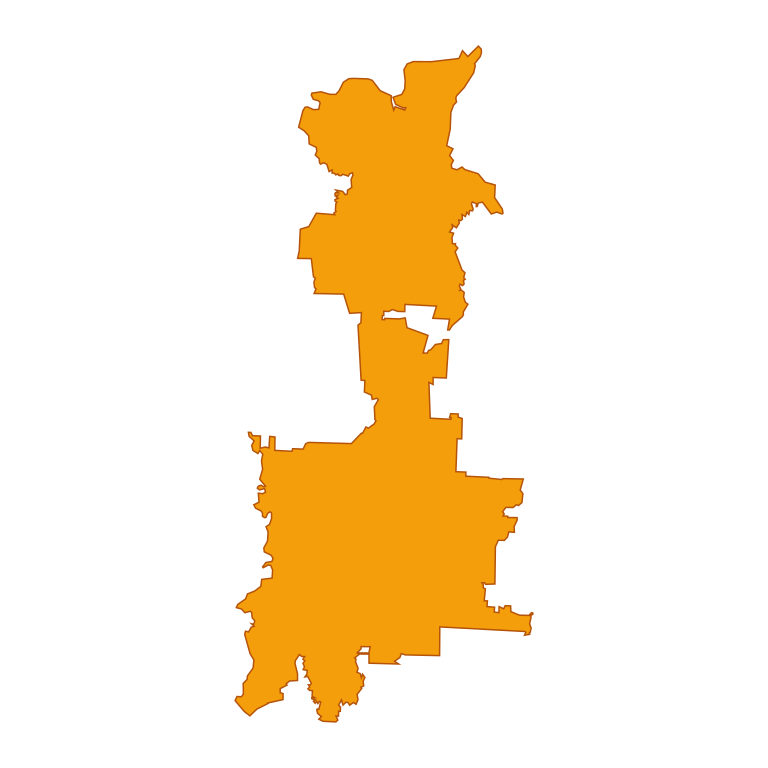 the district of Kota Medan, Sumatera Utara, Indonesia
{"feature_id": "22746128B40654739963843", "entity_name": "Kota Medan", "entity_type": "district", "adm_level": 2, "iso_a3": "IDN", "parent_name": "Indonesia", "parent_adm1": "Sumatera Utara", "projection": "robinson", "projection_center": [98.666, 3.642], "detail": "fine", "context": "isolated", "style": "filled", "palette": "amber", "viewbox_px": 768, "rotation_deg": 0, "n_neighbors": 0, "source": "geoboundaries", "source_scale": "gbopen_adm2", "svg_char_len": 6084}
<svg xmlns="http://www.w3.org/2000/svg" viewBox="0 0 768 768"><path d="M456.5,102.0L455.8,98.1L456.5,95.9L464.1,87.7L473.7,72.7L475.3,65.6L474.5,63.8L480.1,56.8L481.4,53.0L481.3,49.2L478.4,46.1L467.8,56.5L462.5,50.7L459.1,58.1L458.0,58.6L431.4,61.7L413.3,61.6L407.2,63.9L403.9,69.7L405.2,80.9L404.7,88.9L401.8,94.4L393.0,97.3L395.7,104.4L403.4,107.9L405.8,107.7L404.8,110.1L395.1,106.7L393.7,110.1L391.3,101.6L391.2,95.7L380.2,90.7L372.3,80.4L368.1,78.9L353.6,78.4L348.8,78.7L343.4,82.2L339.0,90.9L335.8,94.4L329.7,94.3L321.1,91.8L311.9,93.1L311.3,95.1L313.3,99.3L318.5,100.8L320.1,102.7L318.7,109.3L313.6,109.7L307.5,106.9L305.1,107.2L303.0,110.5L298.6,127.2L304.3,130.9L308.7,135.8L309.2,143.9L316.3,147.4L316.8,151.2L315.3,155.1L319.1,158.6L319.6,163.0L320.6,164.1L323.8,162.7L326.9,164.4L329.1,171.6L332.1,170.0L332.1,173.1L334.3,173.2L335.8,174.9L337.8,173.9L338.7,175.4L340.9,175.7L342.8,174.3L348.3,176.1L349.5,173.9L352.3,172.8L353.0,174.9L351.1,179.5L351.7,187.5L347.5,190.2L347.3,194.0L345.3,194.7L342.7,191.4L335.9,190.1L338.5,192.9L335.5,192.7L334.9,193.9L335.2,196.0L337.8,195.4L336.5,197.2L338.1,198.3L334.9,199.7L335.0,201.0L336.9,202.2L335.9,203.4L335.4,210.2L336.1,211.5L333.9,213.0L334.8,214.7L316.3,213.2L308.8,226.6L300.3,229.2L299.2,251.2L297.6,258.4L311.3,258.6L313.5,276.8L315.3,278.1L313.9,282.3L314.6,287.6L316.0,288.8L314.1,293.5L343.7,294.1L349.6,313.3L361.4,312.6L360.9,322.7L358.0,325.2L361.1,380.2L364.9,380.5L364.4,392.0L371.5,395.2L372.2,399.4L376.9,398.3L378.4,399.6L374.3,406.7L374.9,419.5L376.0,420.8L374.0,424.1L368.3,428.2L365.9,427.0L362.6,433.3L361.4,433.2L351.4,443.6L308.6,442.4L305.7,443.7L303.1,449.1L292.6,448.7L292.1,451.3L274.8,450.4L275.0,437.0L269.7,436.4L269.0,447.9L265.3,447.0L260.2,448.2L260.5,436.0L252.5,435.7L250.9,432.4L248.4,432.3L249.1,436.3L254.1,440.9L251.7,445.5L252.9,450.4L257.9,453.5L259.7,450.6L262.8,454.1L261.5,460.7L262.6,469.4L259.7,479.2L265.5,486.1L263.9,486.8L261.0,485.2L258.3,486.2L257.3,488.1L259.5,489.9L264.6,488.6L265.5,492.1L262.7,493.7L258.3,493.2L259.0,502.2L253.8,504.8L255.6,508.2L261.2,511.0L262.5,513.1L262.5,516.3L264.7,517.7L265.9,517.4L267.8,513.2L270.1,511.8L271.5,513.0L271.6,518.4L269.5,524.5L266.0,526.7L268.1,531.9L267.5,541.1L263.8,548.0L264.3,551.9L271.1,555.2L273.0,558.3L271.9,561.5L265.9,562.5L262.6,566.9L263.2,567.7L268.3,565.0L270.7,565.4L272.6,569.9L272.1,578.1L261.7,579.4L260.8,586.4L254.6,591.1L247.5,593.9L245.6,598.9L237.8,604.4L236.3,607.6L241.5,609.0L244.9,612.7L250.2,611.3L251.6,612.3L252.2,617.7L254.8,620.9L253.7,624.3L251.6,623.8L254.1,626.3L251.2,627.2L248.6,631.9L245.5,631.2L244.7,634.4L250.1,653.7L253.9,659.9L253.1,668.0L247.4,676.0L247.1,679.4L243.2,683.4L243.4,694.0L241.3,696.8L237.0,696.5L235.1,700.6L244.3,711.5L249.9,715.8L257.0,709.0L268.6,703.2L266.9,703.2L283.0,699.6L283.1,693.6L280.2,692.7L280.2,688.6L287.0,685.1L286.1,683.9L289.5,681.0L297.5,680.5L297.5,673.7L295.0,663.4L295.3,660.7L299.4,654.6L301.8,656.5L304.6,656.6L302.9,659.2L304.8,660.8L303.0,663.4L304.5,666.9L303.1,669.6L307.2,670.4L306.8,674.3L304.9,676.9L307.7,676.4L311.3,683.2L310.5,684.8L308.4,684.8L309.7,687.0L307.9,688.8L309.6,690.4L312.4,690.6L312.1,696.3L314.6,697.6L311.7,697.8L311.8,698.7L315.4,699.9L313.4,701.2L315.2,703.3L316.6,701.5L317.9,703.5L319.2,701.4L320.7,702.0L318.8,709.3L317.2,709.0L316.8,710.2L317.6,713.4L321.4,716.6L318.8,719.2L323.0,721.3L335.9,721.9L337.8,720.1L336.0,716.1L338.5,716.1L338.6,711.3L340.3,711.3L340.5,707.1L338.6,705.0L341.5,699.9L343.0,705.1L346.0,702.2L348.1,702.6L349.6,705.2L353.5,702.5L356.0,704.3L358.0,699.7L357.1,694.4L361.7,688.4L360.9,687.2L363.7,685.9L363.2,681.1L364.9,677.5L362.6,674.2L361.4,677.8L360.4,673.8L356.9,672.1L358.1,668.5L355.5,661.6L356.0,659.2L354.7,657.9L359.3,654.2L357.2,652.9L361.0,648.8L361.1,646.6L370.2,646.7L368.9,653.0L357.4,652.9L359.4,654.0L369.0,654.1L369.0,663.2L398.7,664.0L394.5,661.3L399.8,657.6L401.3,653.6L405.4,654.9L439.6,655.6L439.8,626.9L525.0,631.5L525.8,632.4L524.5,635.2L529.7,634.3L529.2,633.0L530.2,632.4L531.1,628.0L529.6,623.8L531.1,617.1L530.3,615.8L532.9,614.2L532.8,613.0L531.6,612.6L528.9,615.4L519.6,615.2L510.9,611.7L510.6,605.9L505.2,605.7L503.7,608.8L499.1,606.6L498.9,612.7L494.2,612.0L494.6,607.2L487.0,606.6L487.4,600.9L484.2,600.8L485.4,588.9L483.3,587.8L483.2,584.3L482.0,582.8L484.7,582.8L485.5,584.3L494.9,584.0L495.4,546.7L498.3,540.2L504.4,540.4L507.5,537.0L508.8,531.9L514.4,532.3L514.1,526.6L517.1,520.2L517.1,517.6L507.7,517.5L507.7,516.2L503.1,516.0L504.2,513.9L502.6,511.8L505.9,507.4L513.1,507.5L516.3,504.8L518.5,505.5L521.9,502.6L522.9,493.7L520.2,490.0L523.3,479.0L502.9,478.6L501.8,479.5L489.0,478.2L488.8,477.3L465.8,476.2L465.9,472.1L455.9,471.7L457.1,438.7L461.7,438.9L462.2,418.5L458.1,417.1L458.2,414.0L450.7,413.7L449.6,417.4L451.0,417.5L450.9,419.3L430.2,418.2L428.9,382.4L433.1,384.5L433.1,377.5L446.3,378.0L448.8,339.6L443.3,339.7L441.6,343.5L435.4,344.5L430.8,349.7L428.5,350.5L427.3,353.1L423.1,353.0L428.0,335.4L407.0,327.7L405.2,317.9L399.5,318.9L384.8,318.4L384.7,319.7L382.1,319.6L382.4,315.5L383.8,315.5L383.8,311.2L388.8,311.5L392.3,309.5L397.9,311.4L404.8,311.6L404.9,304.4L436.5,306.1L432.8,318.3L449.5,319.1L447.7,330.0L449.4,330.0L452.5,325.3L462.0,317.0L463.4,314.9L463.3,312.0L467.9,304.2L465.4,302.3L463.6,297.0L464.2,292.4L461.3,290.1L459.8,290.4L460.7,288.9L459.3,286.0L460.1,284.1L462.5,285.6L464.1,283.9L463.4,280.3L465.2,279.3L463.7,277.6L465.0,272.8L462.0,270.0L455.1,251.8L457.8,248.0L455.3,245.3L455.5,243.7L452.4,243.7L452.0,237.4L453.6,233.2L449.5,232.0L452.7,227.6L452.1,224.8L456.4,227.8L459.3,223.1L458.8,220.0L460.7,220.6L462.4,219.2L462.0,214.6L465.4,216.5L466.8,212.3L468.8,214.5L469.7,210.5L472.6,210.8L473.1,209.1L471.4,203.6L472.4,202.0L476.4,203.7L476.3,206.6L477.2,206.5L478.3,202.9L482.5,202.2L491.3,214.0L496.7,212.1L502.2,214.0L503.0,213.1L502.3,209.0L494.6,197.6L495.2,185.0L485.2,182.2L478.1,173.7L464.9,169.6L462.0,167.0L457.0,169.8L451.8,168.2L451.3,164.5L453.4,160.5L449.6,155.5L453.0,148.8L446.7,145.7L450.2,129.2L450.9,112.4L453.5,105.1L456.5,102.0Z" fill="#f59e0b" stroke="#b45309" stroke-width="1.5"/></svg>